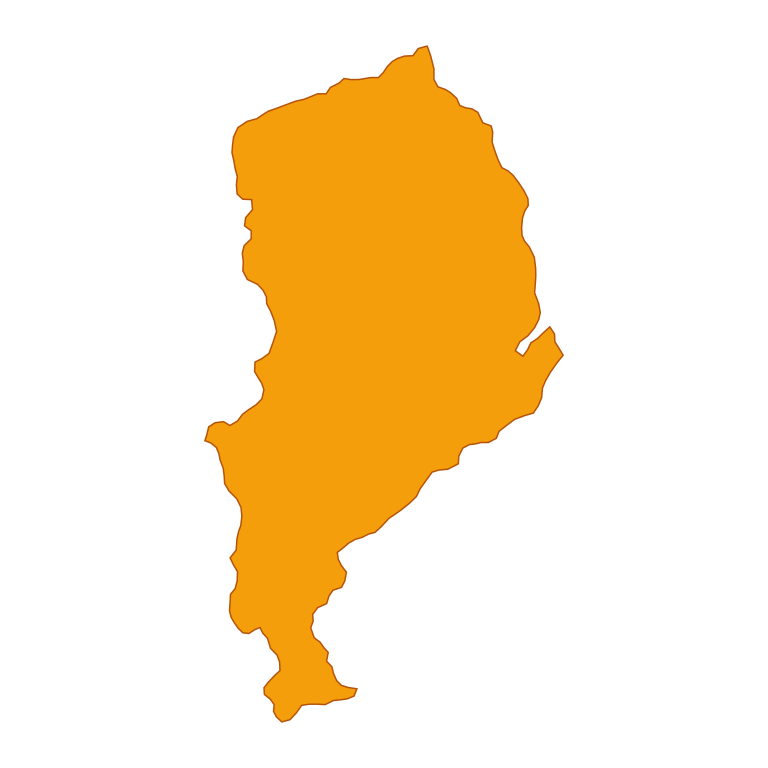 Campanha, Minas Gerais, Brazil (orthographic projection), rotated 180°
{"feature_id": "56859067B70432735249209", "entity_name": "Campanha", "entity_type": "district", "adm_level": 2, "iso_a3": "BRA", "parent_name": "Brazil", "parent_adm1": "Minas Gerais", "projection": "orthographic", "projection_center": [-45.402, -21.822], "detail": "fine", "context": "isolated", "style": "filled", "palette": "amber", "viewbox_px": 768, "rotation_deg": 180, "n_neighbors": 0, "source": "geoboundaries", "source_scale": "gbopen_adm2", "svg_char_len": 3038}
<svg xmlns="http://www.w3.org/2000/svg" viewBox="0 0 768 768"><g transform="rotate(180 384 384)"><path d="M563.1,327.3L557.3,325.1L551.7,320.6L549.2,314.6L547.8,307.7L544.8,299.9L543.8,292.0L543.4,284.5L539.0,277.0L531.2,269.2L527.0,260.6L526.1,251.7L527.2,242.6L529.5,236.1L531.1,228.9L531.8,218.0L537.9,210.1L534.3,202.7L530.5,196.4L530.8,187.3L532.8,179.4L537.5,173.7L537.9,165.7L538.5,157.2L536.9,150.7L533.7,145.3L529.9,139.8L525.1,135.2L519.1,134.5L513.5,138.2L508.0,140.5L505.2,134.8L500.5,129.7L497.5,119.7L490.9,112.9L488.4,106.0L488.0,97.5L494.1,91.7L500.1,85.3L504.0,80.2L503.6,73.6L497.7,68.8L493.8,63.4L494.5,56.7L491.6,51.1L486.2,46.1L478.0,48.3L471.6,55.2L466.3,62.7L458.9,63.8L450.6,63.8L442.8,63.4L434.5,67.5L426.6,68.3L420.6,69.2L413.9,72.0L411.1,79.2L419.8,80.5L426.6,82.6L431.3,87.3L434.5,94.5L436.1,101.2L441.4,106.8L439.8,115.6L444.0,120.1L447.9,125.8L453.8,130.2L457.3,140.2L454.8,147.1L455.4,153.5L450.3,160.4L441.4,164.4L439.0,172.0L435.1,177.7L426.5,180.7L423.2,187.0L421.6,195.8L426.5,202.3L429.7,208.5L430.7,215.6L425.4,219.7L419.3,224.9L412.9,228.6L406.0,230.6L399.3,234.0L393.0,235.6L386.6,241.5L378.7,250.0L373.3,253.5L367.0,258.0L358.5,264.8L351.6,271.5L348.0,279.0L342.6,286.6L335.9,295.9L329.3,297.9L320.1,298.8L309.7,304.2L309.1,312.1L305.2,319.9L298.6,323.4L292.6,324.1L286.9,325.5L279.6,325.5L271.7,329.7L268.9,336.8L261.8,342.3L253.3,348.7L243.1,352.5L234.7,354.9L229.9,362.0L226.4,370.2L225.5,380.1L222.6,387.0L217.6,395.8L210.9,405.3L204.9,412.8L209.6,420.7L213.1,426.2L213.5,434.0L218.2,441.1L225.2,434.7L230.5,429.5L237.2,425.1L240.4,418.3L245.1,411.8L252.7,417.3L248.2,426.2L240.0,432.3L233.4,440.4L229.3,448.4L227.7,455.4L229.3,464.3L233.4,475.2L232.6,485.5L232.2,492.3L232.4,500.2L233.7,510.7L238.7,521.0L243.6,527.1L246.0,532.7L246.4,540.4L245.5,549.9L243.2,557.1L239.7,562.6L240.1,569.4L244.0,577.2L249.4,585.4L254.9,592.6L260.0,597.1L266.2,600.4L270.2,608.9L273.4,617.9L275.9,626.0L275.3,635.7L276.8,642.0L285.2,645.2L290.2,655.7L296.2,659.2L302.2,660.1L308.2,662.5L311.4,669.7L317.7,675.5L322.8,678.6L330.1,681.2L334.1,688.6L334.1,699.3L337.3,712.0L340.8,721.9L349.7,719.5L355.1,712.3L363.6,711.9L370.3,709.7L375.7,706.5L380.7,701.4L384.8,695.3L389.5,690.5L397.5,690.4L408.8,688.5L417.0,688.4L424.0,689.5L428.8,685.0L437.6,680.6L441.8,674.2L450.5,674.2L457.9,671.1L464.2,668.6L472.1,666.9L481.0,663.6L491.1,659.8L499.7,656.8L505.6,653.1L511.4,649.2L520.9,646.6L530.1,640.4L534.4,631.1L535.5,622.6L536.0,615.2L534.4,608.3L532.7,598.8L530.7,591.7L531.6,583.0L530.9,574.1L525.3,568.8L516.4,568.4L515.5,558.4L522.4,550.3L523.4,542.1L516.8,537.3L516.8,529.2L523.8,522.4L525.7,514.6L524.7,506.6L525.1,497.0L520.6,488.5L510.5,483.7L504.8,477.6L501.6,471.1L501.3,464.3L497.4,456.9L493.7,447.3L491.4,436.6L494.7,426.4L499.0,414.6L506.1,409.4L513.0,405.9L513.4,396.5L509.8,390.3L506.3,384.8L504.1,378.4L506.1,369.1L511.8,363.3L519.1,358.5L525.4,353.8L530.4,347.1L538.1,342.5L544.4,346.3L552.9,345.3L559.3,341.1L561.2,333.2L563.1,327.3Z" fill="#f59e0b" stroke="#b45309" stroke-width="1.5"/></g></svg>